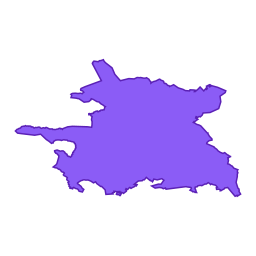 the district of Kildare Lea-5, Kildare, Ireland
{"feature_id": "5873133B34299058506876", "entity_name": "Kildare Lea-5", "entity_type": "district", "adm_level": 2, "iso_a3": "IRL", "parent_name": "Ireland", "parent_adm1": "Kildare", "projection": "natural_earth1", "projection_center": [-6.982, 53.189], "detail": "fine", "context": "isolated", "style": "filled", "palette": "violet", "viewbox_px": 256, "rotation_deg": 0, "n_neighbors": 0, "source": "geoboundaries", "source_scale": "gbopen_adm2", "svg_char_len": 5784}
<svg xmlns="http://www.w3.org/2000/svg" viewBox="0 0 256 256"><path d="M103.4,59.7L100.8,60.6L99.4,60.7L98.3,61.7L93.9,61.1L93.5,61.8L92.7,62.3L92.5,63.1L92.7,63.5L92.4,63.7L101.4,80.7L85.3,86.6L81.0,88.5L80.6,89.5L80.8,90.4L82.6,90.9L83.8,92.2L82.9,92.9L82.2,93.7L80.6,93.2L78.0,93.5L75.4,93.2L72.5,93.4L71.5,93.8L70.9,94.3L71.3,94.6L71.7,95.5L71.0,97.6L76.4,98.2L77.7,98.6L78.9,98.7L84.1,102.2L88.8,101.6L91.0,99.8L90.8,99.4L91.3,98.7L93.2,99.4L96.9,101.6L99.2,102.0L99.6,102.8L100.4,103.2L100.8,103.8L102.8,104.9L104.8,106.5L105.3,106.6L104.7,107.4L104.1,109.8L102.7,109.9L102.5,110.2L101.0,110.0L100.3,110.9L99.3,110.9L99.0,111.5L98.2,111.7L97.6,111.6L97.3,111.0L95.8,111.3L94.3,112.1L93.8,112.2L93.5,113.3L92.7,113.2L92.4,113.5L91.8,113.8L91.3,113.5L90.5,113.9L89.3,113.5L88.8,113.7L88.8,114.7L89.7,114.7L90.6,115.0L91.0,115.8L92.1,116.5L91.5,119.2L91.7,120.8L92.1,121.2L92.0,125.0L91.6,127.3L87.6,126.8L72.5,126.3L67.7,126.8L62.9,128.6L62.5,129.4L61.4,128.6L60.4,128.8L60.0,128.2L59.0,128.4L57.9,129.1L57.0,129.1L55.7,129.5L54.7,129.6L54.1,129.4L52.8,129.5L52.3,128.9L49.7,129.0L46.3,127.4L45.9,127.4L45.0,128.2L43.7,127.7L42.6,127.9L41.6,128.4L40.9,128.2L39.8,127.5L39.7,127.2L38.3,127.1L36.9,127.6L35.6,127.4L34.3,128.0L33.7,127.8L33.4,127.3L32.6,126.9L31.3,126.9L31.3,126.6L30.7,126.2L29.7,126.0L28.7,126.3L28.1,125.9L26.6,126.2L25.5,125.6L24.3,126.3L23.9,126.1L21.6,126.6L20.5,128.0L18.8,128.5L17.8,129.2L17.1,129.3L15.4,131.0L17.5,133.1L21.0,133.6L34.7,135.2L40.7,134.2L46.4,139.6L49.0,141.3L51.5,143.4L52.5,142.9L53.1,143.0L53.7,141.3L54.3,141.1L55.5,140.2L57.9,139.9L60.7,140.1L61.2,140.5L64.0,139.7L64.7,140.0L67.1,140.1L67.8,140.9L70.0,141.1L71.9,141.7L72.6,141.7L74.3,142.4L74.3,143.1L75.2,143.6L75.1,144.1L75.6,144.7L75.5,145.3L75.9,145.9L75.6,146.4L76.0,147.9L75.3,148.3L75.2,149.5L73.5,151.5L73.5,152.3L72.8,152.5L72.5,153.6L72.7,154.2L71.9,154.7L71.5,155.5L71.8,155.8L71.6,156.2L70.5,157.2L69.3,156.4L68.4,156.5L67.9,156.2L67.9,155.9L67.4,155.7L67.3,155.0L66.9,154.8L66.9,154.2L65.5,153.5L65.5,153.2L64.8,152.7L64.7,152.1L63.1,150.9L61.7,150.9L60.4,151.2L57.1,150.0L54.6,150.7L54.7,151.9L55.3,152.4L55.7,153.2L57.0,153.7L57.9,154.9L58.7,155.4L58.8,156.9L56.9,163.6L56.0,164.8L53.2,167.0L55.2,167.8L56.7,167.9L58.7,169.3L59.5,169.3L59.8,169.7L60.5,170.0L61.4,171.6L62.9,172.2L63.4,172.2L64.2,172.8L64.4,173.1L63.4,174.5L63.4,175.0L64.1,175.7L65.8,176.5L67.3,177.6L66.9,178.7L66.8,179.6L67.1,180.1L68.9,181.5L68.9,181.9L68.0,182.5L68.5,183.3L68.5,184.4L69.3,184.8L69.0,186.3L70.3,187.1L69.8,188.0L70.0,188.3L70.4,188.4L71.6,188.2L72.1,188.8L72.5,188.9L72.8,188.7L72.9,187.9L73.8,187.4L75.5,188.5L77.4,188.9L78.4,189.8L78.6,190.7L79.3,191.3L82.4,192.0L83.8,189.4L82.2,188.2L81.1,186.4L80.2,185.6L79.7,185.5L79.3,184.9L77.5,183.6L77.4,183.2L77.6,182.8L81.0,180.6L81.8,180.5L83.2,179.9L84.4,179.8L85.8,180.1L88.1,180.0L90.8,181.1L93.5,182.9L95.6,181.8L96.8,183.6L98.6,184.9L100.7,186.5L101.6,186.4L105.1,189.8L105.9,194.4L113.1,193.9L112.8,193.3L112.2,193.2L112.6,192.7L114.3,192.3L114.0,191.3L115.7,191.4L116.5,191.7L119.5,191.5L119.2,192.5L116.9,192.3L117.1,192.9L116.3,194.2L116.7,194.5L117.4,194.7L118.4,194.5L119.9,195.6L120.2,195.6L121.2,193.8L120.1,193.3L120.5,192.1L122.8,192.8L123.5,193.4L126.4,191.2L126.4,190.5L125.6,189.6L126.1,188.6L127.7,189.5L128.9,188.1L129.9,187.4L131.0,188.4L132.1,187.7L134.5,186.6L135.2,185.7L136.3,186.0L137.1,184.6L134.3,184.2L138.3,181.0L142.3,180.7L143.3,179.7L144.4,179.8L146.3,177.4L149.7,180.2L149.9,180.0L150.4,180.7L152.1,181.1L151.9,181.2L152.5,181.8L153.8,179.1L157.2,179.9L161.8,178.7L163.9,180.2L161.0,184.2L158.4,184.1L151.7,186.0L155.1,188.1L159.3,187.5L161.7,187.8L162.8,188.3L163.2,188.7L165.5,188.0L166.0,189.2L186.3,186.6L186.9,186.9L190.8,187.4L191.2,187.8L191.3,188.7L190.0,190.2L192.8,191.5L192.8,191.8L194.0,191.8L194.9,192.1L195.0,192.4L196.6,192.5L196.1,191.5L195.7,189.9L195.0,188.5L195.2,187.1L197.3,186.7L197.7,185.9L199.1,185.5L201.0,185.4L201.8,185.7L204.7,184.1L206.4,184.0L208.2,182.6L209.9,183.7L210.5,184.6L211.6,183.9L212.9,184.6L215.2,185.1L215.8,185.4L217.4,187.2L216.3,187.7L216.6,189.4L219.0,189.2L220.2,189.7L220.2,190.8L221.5,190.5L222.1,189.9L224.1,189.0L224.8,188.0L227.7,187.5L235.1,196.3L237.0,195.3L237.3,196.2L240.6,194.1L239.0,191.4L239.2,190.4L238.9,188.9L237.9,188.1L236.1,182.4L237.3,176.5L237.3,174.3L237.8,173.0L237.5,173.0L237.4,171.1L237.6,169.9L237.8,169.7L233.9,168.2L232.1,166.0L231.4,165.8L229.4,164.3L227.7,163.8L228.5,160.5L228.0,159.5L228.0,159.0L228.3,158.8L227.8,157.8L231.1,156.4L229.9,156.4L228.2,155.1L227.5,154.9L224.7,152.6L223.0,153.4L220.4,152.4L218.1,150.9L216.8,149.3L214.2,147.4L214.1,146.9L206.7,143.7L207.0,142.5L208.6,141.0L209.4,140.6L212.0,140.1L212.0,139.0L209.4,136.2L207.8,133.5L208.0,133.1L207.1,132.8L200.8,125.9L199.0,125.0L196.5,124.3L195.2,123.3L193.3,122.4L194.0,121.6L194.3,121.9L197.9,119.3L195.6,118.0L196.1,116.6L196.6,116.7L197.5,117.5L199.1,116.5L200.3,116.9L202.2,115.1L203.1,113.0L210.1,112.5L218.7,108.6L220.8,101.8L220.0,96.2L225.2,92.6L225.8,90.8L217.6,87.3L211.7,85.7L209.7,86.9L208.8,85.9L210.3,84.9L210.0,84.7L209.5,85.0L209.3,84.8L206.5,86.2L207.0,87.0L206.2,88.0L207.2,88.7L206.4,89.5L205.3,89.1L203.8,90.9L200.1,87.0L197.5,89.7L196.7,90.2L196.1,90.9L196.4,91.1L195.5,90.9L195.1,91.6L194.4,91.6L195.1,90.2L193.9,90.0L190.0,89.8L189.6,90.9L185.3,90.6L183.1,89.4L178.3,87.9L173.6,84.7L171.8,85.6L170.0,86.2L169.6,86.5L169.0,85.6L167.6,85.4L166.5,84.0L165.6,83.4L165.0,83.6L163.9,82.8L163.7,81.5L163.2,81.0L160.9,80.1L159.8,79.2L159.3,79.2L155.8,81.0L153.4,81.6L151.8,82.5L150.9,83.2L150.8,81.7L149.6,80.6L149.0,79.3L146.5,77.7L145.6,78.1L143.9,78.2L140.6,77.5L139.8,77.7L137.1,77.5L134.2,78.9L128.8,78.6L120.4,80.7L114.8,74.3L112.1,67.9L105.2,62.5L103.7,60.6L103.4,59.7Z" fill="#8b5cf6" stroke="#5b21b6" stroke-width="1.5"/></svg>